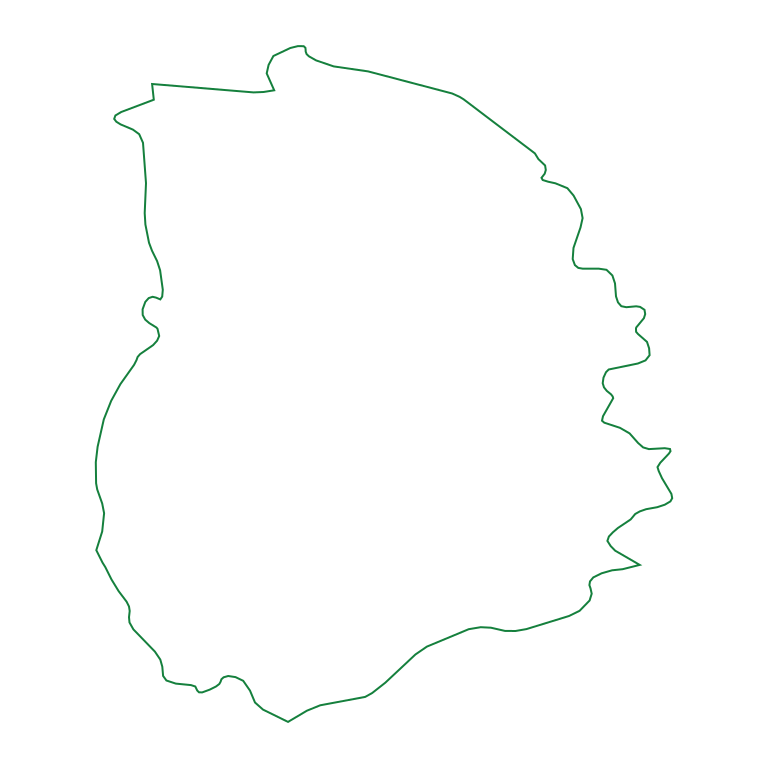 SVG path tracing the border of Orebro
{"feature_id": "SWE-183", "entity_name": "Orebro", "entity_type": "County", "adm_level": 1, "iso_a3": "SWE", "parent_name": "Sweden", "parent_adm1": "", "projection": "equal_earth", "projection_center": [15.084, 59.383], "detail": "fine", "context": "isolated", "style": "outline", "palette": "green", "viewbox_px": 768, "rotation_deg": 0, "n_neighbors": 0, "source": "natural_earth", "source_scale": "10m", "svg_char_len": 2620}
<svg xmlns="http://www.w3.org/2000/svg" viewBox="0 0 768 768"><path d="M160.3,299.4L162.2,296.6L162.8,289.8L160.1,270.3L157.1,261.1L152.0,250.7L149.0,242.7L145.4,224.5L144.7,213.1L146.0,183.2L143.0,142.8L139.2,134.2L132.9,129.6L120.6,124.4L116.3,121.7L114.2,118.9L115.4,115.5L121.2,112.0L153.8,99.7L152.1,84.0L253.5,92.4L263.5,92.0L274.2,90.3L266.7,73.4L268.6,64.9L273.4,56.0L290.3,48.0L298.0,46.1L303.7,46.2L305.4,47.8L305.6,49.5L305.7,51.6L306.6,54.1L308.9,56.3L316.1,60.4L333.7,66.4L368.1,71.4L452.2,93.5L459.7,96.9L463.6,99.3L534.9,153.4L538.4,159.1L545.1,165.5L545.8,170.0L544.7,173.7L541.5,177.8L542.7,180.0L548.1,181.7L555.4,183.3L567.4,188.2L573.6,195.6L580.9,209.1L582.6,218.1L580.5,227.5L573.5,247.9L572.7,259.1L574.9,265.1L578.3,267.9L582.9,268.7L599.0,268.7L606.5,269.8L612.4,275.5L615.0,283.4L616.0,296.4L618.0,302.4L621.3,306.2L626.3,307.2L636.2,306.3L640.1,306.9L644.5,309.8L645.2,314.1L643.9,318.2L636.3,327.4L636.0,328.3L636.0,329.2L636.1,331.8L638.0,334.0L647.0,341.9L649.1,348.3L649.6,355.2L645.5,360.4L637.9,363.5L608.7,369.5L606.0,372.2L603.5,377.6L602.7,383.2L604.0,387.4L606.8,390.9L611.1,394.4L612.7,396.5L613.2,398.2L603.0,416.2L602.0,420.7L604.3,422.7L619.9,427.8L629.6,433.4L638.1,443.0L643.1,447.4L648.9,449.1L664.8,448.2L670.0,449.0L670.5,451.2L668.9,453.6L660.3,462.7L657.5,467.1L658.7,471.0L662.0,478.2L671.4,493.9L672.2,498.2L670.4,501.4L664.8,504.7L657.2,507.2L646.1,509.2L639.8,511.4L635.2,514.0L630.7,519.4L617.9,528.0L612.9,532.3L608.9,536.5L607.4,540.9L610.7,546.1L615.2,550.7L639.7,564.9L622.6,569.2L612.1,570.3L601.6,573.3L593.3,577.4L590.0,581.4L589.4,585.1L590.5,588.3L591.7,593.7L589.6,600.5L579.6,610.8L569.0,616.0L526.4,629.1L515.5,631.0L504.9,630.9L490.9,627.7L480.7,627.2L468.7,629.2L426.9,646.6L415.4,654.5L385.3,682.7L372.2,693.0L365.2,696.9L320.2,705.3L306.9,710.7L288.0,721.9L263.0,709.6L255.0,702.5L250.0,690.6L243.2,680.8L235.5,677.1L228.2,676.0L223.6,677.3L221.4,679.3L220.6,681.7L219.3,684.0L216.0,686.5L209.8,689.6L202.2,692.4L199.0,692.3L197.2,690.5L195.3,686.5L191.0,685.1L175.8,683.6L166.4,680.5L163.1,675.9L162.3,666.7L160.3,659.6L154.9,651.6L133.4,629.4L129.5,622.5L129.0,617.2L129.7,611.0L129.0,606.5L126.6,601.7L118.6,591.1L111.5,579.5L105.3,567.1L102.5,562.6L96.3,550.2L102.2,531.5L104.1,513.2L102.2,503.5L97.2,489.4L96.1,483.3L95.8,462.2L97.6,446.8L103.8,419.4L111.2,400.8L120.4,384.1L134.1,364.8L136.5,360.1L137.6,357.0L140.1,354.1L153.1,345.1L157.1,340.7L159.2,336.0L157.5,328.8L156.4,327.5L149.4,323.2L145.2,319.6L142.7,315.0L142.6,309.3L145.3,301.9L148.7,298.1L152.6,296.8L156.0,297.6L160.3,299.4Z" fill="none" stroke="#15803d" stroke-width="2"/></svg>